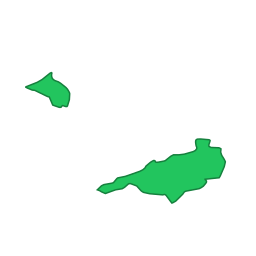 the border of Bremen, rotated 323°
{"feature_id": "DEU-1575", "entity_name": "Bremen", "entity_type": "State", "adm_level": 1, "iso_a3": "DEU", "parent_name": "Germany", "parent_adm1": "", "projection": "robinson", "projection_center": [8.734, 53.321], "detail": "fine", "context": "isolated", "style": "filled", "palette": "green", "viewbox_px": 256, "rotation_deg": 323, "n_neighbors": 0, "source": "natural_earth", "source_scale": "10m", "svg_char_len": 1893}
<svg xmlns="http://www.w3.org/2000/svg" viewBox="0 0 256 256"><g transform="rotate(323 128 128)"><path d="M72.0,158.2L74.7,158.7L82.4,162.6L83.4,162.8L83.9,162.8L88.6,161.7L89.8,161.7L96.7,165.0L111.4,169.7L114.8,170.3L117.5,170.1L118.1,169.9L118.4,169.8L118.9,169.4L119.8,169.2L125.5,168.9L128.6,169.3L129.1,169.5L129.5,169.9L129.7,170.3L129.8,170.8L129.7,171.2L129.5,171.7L130.1,172.5L131.4,173.4L136.9,176.1L138.1,176.5L145.1,176.3L148.2,176.8L148.6,177.1L152.4,180.0L157.3,182.8L165.9,186.1L168.2,186.5L169.5,186.2L170.3,185.9L170.8,185.5L171.1,185.0L171.4,184.5L171.6,183.5L172.0,182.6L173.2,180.4L173.8,179.6L174.3,179.0L175.4,178.4L176.2,178.5L177.0,178.8L179.5,180.6L185.4,185.9L186.0,186.7L186.0,187.4L185.2,188.1L182.3,190.2L181.8,191.1L181.6,191.5L182.6,193.5L188.7,198.5L189.2,199.4L189.7,200.5L189.2,201.2L187.5,203.0L187.0,204.4L186.4,206.3L186.0,210.7L185.7,212.4L185.4,213.6L181.6,216.8L173.0,221.7L170.9,222.6L158.7,215.3L158.6,215.5L158.6,215.9L158.7,216.8L158.7,217.7L158.0,218.5L156.7,219.0L153.2,219.8L150.8,219.7L148.4,219.3L136.5,213.4L135.2,213.0L134.3,213.0L131.9,213.8L122.1,215.1L118.4,214.6L118.2,214.3L117.8,214.1L117.9,213.9L117.9,213.6L117.8,213.1L117.9,204.9L117.7,203.8L117.1,203.0L115.5,202.3L105.7,193.5L101.7,188.8L101.2,187.7L100.7,186.1L100.6,185.3L100.1,179.5L96.6,174.0L95.0,172.9L89.6,173.3L86.8,173.0L80.9,169.9L70.5,166.7L68.4,163.0L67.7,161.1L66.3,158.9L72.0,158.2ZM81.7,64.4L83.8,55.9L82.6,54.3L76.2,41.8L74.3,40.0L71.7,35.6L70.7,33.4L70.8,33.5L83.0,36.9L88.5,37.6L98.7,37.3L100.1,37.6L100.3,38.3L99.4,39.1L98.7,39.9L98.1,40.8L97.8,41.6L97.4,42.8L97.6,44.6L98.2,46.2L100.2,49.3L101.1,51.7L102.8,58.3L103.0,60.6L102.8,62.7L102.5,64.5L102.1,65.5L98.2,70.1L93.0,73.9L92.6,74.0L92.2,74.1L91.7,73.8L91.1,73.3L89.4,70.8L89.3,70.7L89.2,70.7L88.7,70.7L86.9,71.1L85.6,70.2L82.6,65.8L81.7,64.4Z" fill="#22c55e" stroke="#15803d" stroke-width="1.5"/></g></svg>